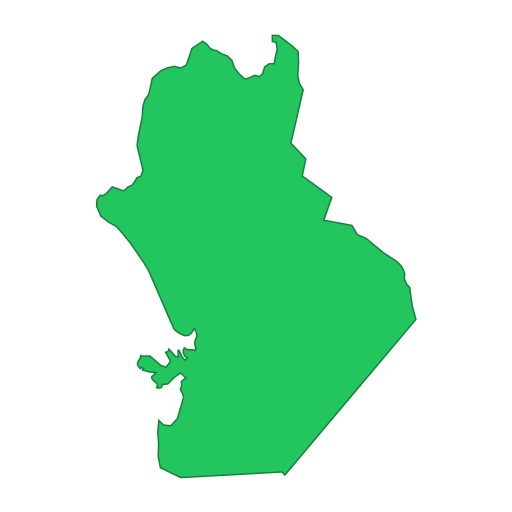 outline of Mwanza, rotated 178°
{"feature_id": "TZA-3357", "entity_name": "Mwanza", "entity_type": "Region", "adm_level": 1, "iso_a3": "TZA", "parent_name": "United Republic of Tanzania", "parent_adm1": "", "projection": "equal_earth", "projection_center": [33.157, -2.458], "detail": "fine", "context": "isolated", "style": "filled", "palette": "green", "viewbox_px": 512, "rotation_deg": 178, "n_neighbors": 0, "source": "natural_earth", "source_scale": "10m", "svg_char_len": 2282}
<svg xmlns="http://www.w3.org/2000/svg" viewBox="0 0 512 512"><g transform="rotate(178 256 256)"><path d="M234.8,36.1L237.6,39.3L338.9,37.2L358.9,47.7L360.7,59.1L359.9,71.3L360.3,83.6L358.8,95.1L354.5,90.4L347.2,89.3L340.3,96.1L333.3,117.3L334.0,120.7L336.3,125.3L335.0,128.3L334.9,129.9L335.0,133.2L334.4,133.6L330.4,136.9L335.6,141.8L341.9,137.5L348.5,131.3L354.2,130.8L354.7,128.6L355.9,127.6L357.8,127.4L359.9,127.8L358.8,130.5L359.7,132.3L363.2,135.4L364.6,137.9L364.3,139.1L359.9,143.0L366.9,143.9L373.5,146.0L373.2,146.9L373.1,147.1L372.9,147.1L372.3,147.5L373.5,148.3L373.9,148.7L374.4,148.6L375.7,147.5L378.3,151.3L377.6,154.5L375.6,157.5L374.5,160.6L373.2,159.9L365.6,159.8L354.9,150.0L349.7,148.0L345.1,153.8L349.7,162.9L347.4,163.7L346.8,164.4L346.3,166.0L339.9,158.4L337.2,157.9L337.2,164.4L336.1,164.4L334.9,161.1L332.7,156.7L330.2,154.3L328.2,156.8L330.7,158.4L331.9,161.2L332.0,164.3L330.9,166.7L330.0,165.8L326.0,164.4L326.0,164.7L321.4,164.4L320.5,164.1L320.2,163.4L319.8,163.7L319.1,166.0L319.5,166.1L319.9,167.9L320.2,170.3L320.2,172.0L319.6,174.3L318.1,177.4L318.0,179.7L318.3,181.5L318.9,183.2L320.2,185.8L323.2,181.2L326.5,178.9L330.3,178.9L335.0,181.2L339.2,184.4L341.0,186.7L341.7,189.6L342.8,191.5L363.8,245.1L368.7,253.9L381.3,273.6L388.6,283.2L394.6,290.4L402.1,295.0L409.6,301.2L413.6,311.4L413.0,317.7L409.8,322.1L406.5,321.8L403.6,323.5L397.3,330.1L385.9,325.6L381.4,329.5L377.5,331.1L374.7,334.4L372.2,338.5L368.3,339.8L365.9,345.5L371.0,370.4L369.6,379.4L364.9,398.6L363.8,409.2L361.6,416.1L357.5,421.3L353.4,437.3L344.4,444.6L337.9,447.1L330.9,448.4L324.7,446.4L319.0,449.2L312.7,465.7L301.8,472.5L297.9,469.5L294.7,465.2L291.6,463.3L288.2,462.7L283.2,459.2L277.8,457.0L273.3,452.4L270.7,444.2L266.1,438.2L261.0,433.1L256.2,434.4L250.8,436.7L246.5,435.1L243.2,437.7L240.7,444.7L235.8,447.8L231.1,447.4L229.9,453.5L227.6,461.9L228.4,468.9L232.2,469.8L232.0,475.9L225.9,475.6L212.7,464.8L206.8,458.9L206.7,447.5L208.0,435.1L206.6,426.9L203.0,420.4L217.2,367.6L202.8,351.3L207.0,334.4L178.2,311.9L187.0,289.4L159.1,283.2L154.0,273.8L145.5,269.9L138.7,263.8L128.0,254.4L115.5,245.6L110.9,240.6L108.1,233.8L108.5,228.1L106.7,223.1L103.4,218.9L102.8,211.9L101.5,200.4L98.4,187.1L234.8,36.1Z" fill="#22c55e" stroke="#15803d" stroke-width="1.5"/></g></svg>